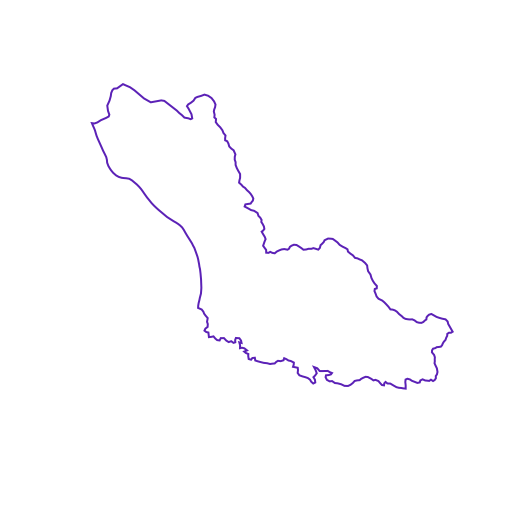 Barra do Ouro, Tocantins, Brazil (Equal Earth projection), rotated 310°
{"feature_id": "56859067B69652988679463", "entity_name": "Barra do Ouro", "entity_type": "district", "adm_level": 2, "iso_a3": "BRA", "parent_name": "Brazil", "parent_adm1": "Tocantins", "projection": "equal_earth", "projection_center": [-47.578, -7.712], "detail": "fine", "context": "isolated", "style": "outline", "palette": "violet", "viewbox_px": 512, "rotation_deg": 310, "n_neighbors": 0, "source": "geoboundaries", "source_scale": "gbopen_adm2", "svg_char_len": 5621}
<svg xmlns="http://www.w3.org/2000/svg" viewBox="0 0 512 512"><g transform="rotate(310 256 256)"><path d="M343.7,129.0L346.0,127.6L347.5,124.5L348.4,120.4L348.0,116.3L346.5,112.8L343.3,111.0L340.1,108.8L338.1,107.9L334.8,108.3L331.5,107.6L328.5,106.6L326.4,106.8L325.5,109.7L323.1,115.5L320.4,118.7L318.8,118.0L318.0,115.7L316.0,112.2L316.3,108.6L316.2,105.2L316.5,101.9L315.9,86.1L314.3,83.4L306.1,76.6L304.7,68.9L304.8,56.4L304.3,51.0L302.1,43.6L295.1,41.8L292.9,39.6L290.7,39.4L287.8,40.3L285.1,42.0L280.9,43.9L275.6,45.4L272.0,49.4L270.0,52.8L268.2,53.5L265.4,52.4L260.4,49.9L256.3,48.6L253.6,47.0L252.3,44.9L250.9,47.6L249.8,49.9L248.6,52.1L247.1,54.3L245.6,56.6L244.0,59.6L242.8,62.1L241.6,64.6L239.8,68.3L238.4,71.1L236.9,74.6L235.5,77.7L233.8,80.0L231.8,82.0L230.1,85.0L229.1,87.8L228.5,89.9L227.9,93.1L227.8,97.0L228.4,100.1L229.6,102.9L230.9,104.9L232.2,106.7L233.7,109.3L234.2,112.4L234.2,115.5L234.2,118.8L233.9,122.0L233.4,125.0L232.7,127.8L232.1,129.9L231.5,132.2L230.8,134.9L230.1,138.6L229.4,142.1L229.0,145.6L228.8,148.9L228.7,151.8L228.7,154.2L228.7,157.3L228.7,160.3L228.7,162.7L229.0,165.2L229.3,167.5L229.7,170.6L230.2,173.3L230.5,175.8L230.6,178.1L230.4,181.1L229.6,183.9L228.5,186.8L227.2,190.5L226.2,193.7L225.3,196.5L224.5,198.9L223.5,201.1L222.6,203.5L221.4,205.6L220.0,208.0L219.0,209.7L217.8,211.7L216.3,213.8L214.9,215.5L213.2,217.6L211.5,219.5L210.0,221.5L208.5,223.1L206.9,224.8L205.0,226.7L202.6,229.1L200.6,230.9L198.5,232.8L196.5,234.6L194.2,236.3L191.8,238.0L189.7,239.0L188.0,239.8L185.8,241.0L183.1,242.3L180.9,243.6L179.0,245.0L180.1,248.8L179.5,251.5L178.5,253.3L177.9,255.8L177.4,258.9L174.1,260.8L172.9,262.8L170.6,264.5L167.8,263.9L165.7,264.5L165.8,266.8L166.8,268.7L165.2,270.4L163.6,272.1L165.4,273.8L167.1,275.1L166.6,277.9L166.6,280.3L167.9,282.4L170.4,281.8L172.5,284.2L172.1,287.6L172.5,290.4L174.8,291.8L175.0,294.6L176.6,295.6L178.3,294.0L180.3,293.3L182.3,296.1L181.6,298.9L180.1,300.8L179.1,298.7L177.5,301.1L175.1,303.0L176.7,304.2L177.8,306.4L177.9,309.8L175.2,308.4L175.2,310.6L176.0,313.1L174.4,314.3L172.4,316.6L173.4,318.9L175.5,318.8L177.3,320.5L175.5,322.6L176.4,324.9L177.7,327.7L179.1,330.6L181.0,333.4L182.3,336.2L183.9,337.6L185.7,339.4L188.0,339.6L189.8,340.2L191.3,342.5L193.8,344.1L195.8,343.3L196.5,345.6L196.8,348.0L197.9,350.1L198.7,353.5L196.9,354.8L194.9,355.6L196.0,357.6L197.2,359.8L195.6,361.5L193.2,363.1L192.5,365.9L193.6,368.9L194.8,371.5L195.8,374.1L196.0,376.9L195.2,379.0L195.1,381.8L197.2,382.7L199.1,380.7L200.1,377.9L202.4,378.1L205.2,377.9L206.9,375.0L208.2,371.8L209.4,375.1L208.8,378.7L210.5,380.8L212.2,382.7L214.1,384.9L214.5,387.3L215.2,389.4L213.5,389.5L211.5,388.2L209.6,386.3L207.9,387.2L206.7,389.9L207.3,393.0L209.1,394.7L209.4,398.1L210.9,400.3L212.5,403.7L213.4,407.3L215.7,410.1L218.1,411.2L220.9,411.8L223.7,411.9L225.7,413.4L227.5,415.2L229.4,415.5L231.6,416.4L233.9,417.6L235.2,419.5L236.0,423.3L236.2,425.9L237.9,427.1L238.9,430.2L238.4,433.0L238.1,435.4L239.2,437.2L240.9,436.1L242.8,436.2L242.8,438.6L244.6,440.9L245.2,444.6L245.8,447.9L246.9,450.2L248.2,452.0L249.2,453.8L250.6,455.9L253.1,453.8L255.4,451.4L257.5,450.0L259.3,450.9L260.4,453.3L260.6,455.6L261.5,458.2L262.5,461.2L264.4,462.7L266.3,461.9L268.6,462.9L269.4,465.6L270.5,467.2L271.7,469.0L273.7,469.5L274.0,472.0L275.8,472.6L277.9,472.4L279.6,470.9L281.6,470.7L283.8,469.6L286.2,466.8L287.7,463.5L288.6,461.7L290.2,460.7L291.9,459.2L293.4,458.1L294.7,456.0L295.3,452.7L296.9,451.5L298.8,451.2L300.6,452.5L302.4,453.1L303.9,454.6L305.4,455.9L307.3,455.9L309.1,455.3L311.1,455.0L313.5,455.1L315.8,454.2L317.7,453.8L319.3,452.6L321.2,453.1L322.6,454.7L324.4,455.3L327.5,446.9L329.0,444.9L329.3,441.9L327.6,438.8L326.4,436.1L325.4,433.5L324.8,430.2L324.3,427.6L322.3,426.3L320.4,426.0L318.6,426.1L316.9,427.3L315.1,426.8L313.0,426.6L311.1,425.7L309.7,423.8L308.7,421.7L308.6,418.8L307.9,416.4L306.3,414.7L305.2,413.1L303.9,410.9L303.4,408.7L303.6,406.5L303.5,403.0L303.9,399.7L303.6,397.3L302.8,395.2L301.5,393.3L302.3,390.0L302.7,387.0L303.0,384.1L303.0,381.3L302.0,377.3L302.5,374.4L303.8,372.2L305.3,369.3L307.1,368.2L308.8,369.3L310.7,367.9L311.2,364.4L312.1,361.4L313.4,358.5L315.4,355.6L316.4,351.7L318.3,349.2L320.2,347.2L320.8,343.9L320.8,339.9L320.0,337.6L319.4,335.2L318.2,333.1L318.8,329.8L318.5,326.8L318.5,323.6L319.9,321.8L319.6,319.5L318.8,316.3L318.3,312.9L318.8,309.7L318.6,306.1L318.4,303.8L317.2,302.0L315.7,300.0L313.7,299.1L312.1,298.4L310.4,298.9L308.0,298.8L305.8,298.5L303.3,299.7L300.9,299.6L299.9,297.1L298.9,294.9L297.1,293.8L295.3,291.6L293.3,290.3L291.3,288.3L291.2,285.5L290.9,282.8L290.5,280.0L289.0,277.8L286.7,276.6L284.8,276.1L282.8,276.6L281.1,276.1L279.5,273.2L277.5,271.4L275.5,270.3L272.9,269.1L270.1,268.6L268.9,266.5L268.3,264.2L266.5,263.6L265.1,261.7L267.2,259.8L267.8,257.2L268.4,254.9L270.2,254.2L272.5,253.3L275.1,252.5L276.3,250.4L277.3,247.4L278.3,244.7L280.1,245.1L282.1,245.0L283.7,243.1L284.8,240.5L285.5,238.2L287.2,237.1L288.1,234.6L288.3,232.1L289.9,229.6L289.4,225.5L288.0,222.7L287.5,219.8L286.6,215.5L288.7,214.7L290.5,216.2L292.7,218.2L294.5,218.0L296.4,218.0L298.3,217.0L299.3,214.8L300.1,212.2L300.5,209.7L300.6,206.8L301.1,203.8L300.8,201.3L301.2,199.1L301.3,195.9L303.5,194.6L305.5,193.7L307.1,192.4L308.6,191.1L309.7,188.0L311.0,184.8L312.6,181.9L314.8,180.0L316.1,177.8L318.3,176.0L320.6,174.9L321.5,173.1L322.6,170.9L322.4,168.1L322.7,165.1L324.4,162.6L325.4,160.2L324.8,158.0L326.4,156.6L328.7,155.2L329.3,152.0L330.7,149.5L331.6,145.9L331.9,142.3L332.7,139.1L335.3,137.3L335.4,135.0L337.6,133.5L339.6,130.8L341.4,129.8L343.7,129.0Z" fill="none" stroke="#5b21b6" stroke-width="2"/></g></svg>